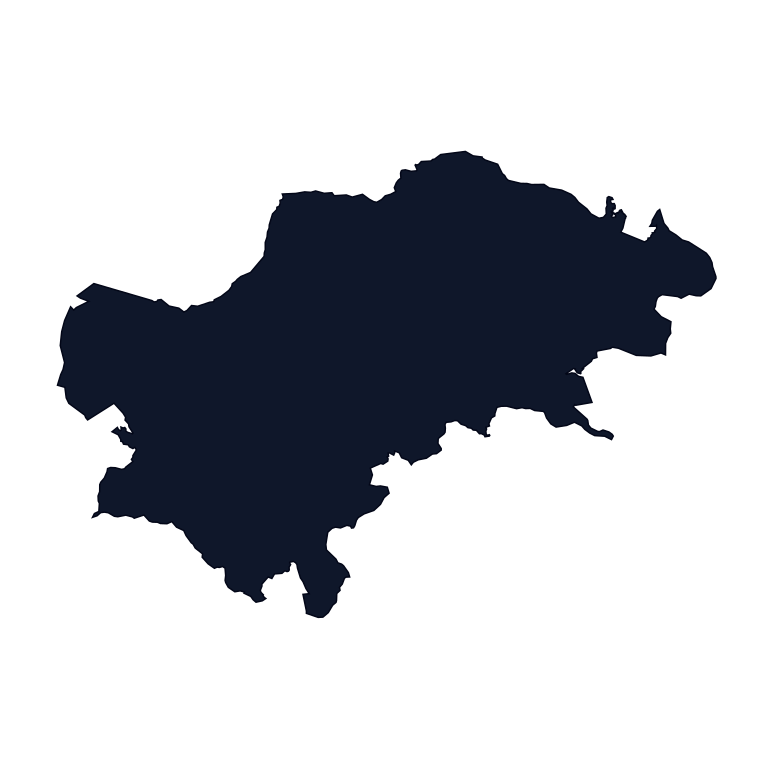 Aschileu, Cluj, Romania, rotated 183°
{"feature_id": "2599482B95199395235203", "entity_name": "Aschileu", "entity_type": "district", "adm_level": 2, "iso_a3": "ROU", "parent_name": "Romania", "parent_adm1": "Cluj", "projection": "albers", "projection_center": [23.469, 46.985], "detail": "fine", "context": "isolated", "style": "filled", "palette": "ink", "viewbox_px": 768, "rotation_deg": 183, "n_neighbors": 0, "source": "geoboundaries", "source_scale": "gbopen_adm2", "svg_char_len": 6157}
<svg xmlns="http://www.w3.org/2000/svg" viewBox="0 0 768 768"><g transform="rotate(183 384 384)"><path d="M495.5,568.4L494.4,565.6L494.9,563.1L497.5,561.9L497.1,559.2L498.0,556.0L500.2,554.9L500.2,552.6L504.2,548.0L506.9,536.9L506.9,533.6L508.3,529.7L508.5,524.5L510.0,519.2L509.6,511.9L510.4,508.6L510.4,505.2L523.1,488.4L532.6,483.8L536.0,480.8L537.5,478.8L540.8,476.2L541.2,473.4L543.7,469.5L551.3,462.9L557.9,459.2L558.3,457.5L559.0,457.1L562.4,456.5L574.1,451.9L580.3,452.3L584.6,447.1L587.6,445.4L592.8,449.0L602.7,450.6L611.0,456.7L614.3,456.0L615.1,454.5L617.9,453.9L620.2,455.2L679.0,469.1L695.1,455.9L691.7,453.9L683.1,451.1L695.3,444.2L697.7,441.6L701.0,444.7L706.3,430.6L708.6,419.4L709.3,405.4L704.1,388.7L705.3,381.6L707.3,376.6L710.0,365.7L702.5,364.0L700.6,353.5L697.7,348.2L681.2,337.3L680.1,334.8L678.1,332.6L652.6,350.7L643.1,341.3L640.3,337.3L640.7,334.4L637.0,330.8L636.4,327.9L632.1,321.9L632.6,321.1L637.7,322.4L639.4,323.6L639.4,325.6L640.6,327.0L642.3,326.4L644.4,327.2L644.0,324.4L644.8,323.6L646.7,324.5L648.0,326.7L653.1,322.1L646.8,319.4L644.0,314.9L643.8,313.0L642.1,312.7L641.0,310.3L636.3,309.9L634.9,307.9L631.4,306.4L629.5,307.7L627.8,305.2L631.0,299.4L630.9,297.6L632.3,295.5L630.7,293.4L637.5,287.5L638.6,285.8L641.6,285.0L647.9,286.3L652.6,286.3L655.6,285.1L656.0,281.8L658.4,275.4L661.7,271.1L662.6,268.6L662.3,261.6L663.7,257.2L663.2,252.2L662.0,249.9L662.1,241.8L666.4,239.5L668.1,235.6L663.6,237.4L660.2,240.7L656.5,241.4L652.6,241.0L646.4,237.8L642.9,237.5L635.0,239.5L628.2,238.1L626.4,236.9L616.9,240.6L611.2,234.9L608.2,234.0L603.0,234.1L599.9,233.0L593.4,233.1L588.7,235.5L583.7,230.2L576.3,227.2L573.7,222.2L568.2,215.4L566.3,214.1L563.9,210.3L556.3,204.9L556.5,201.5L550.2,195.2L543.7,191.1L541.1,192.4L538.8,192.2L535.6,193.3L533.1,191.8L532.1,184.5L532.4,179.6L531.7,177.4L528.8,172.8L522.1,168.7L516.8,169.9L512.5,168.9L512.9,167.8L505.9,164.9L503.4,161.7L500.4,159.4L494.2,161.1L490.8,163.6L492.5,164.7L493.9,166.7L493.5,167.2L496.0,169.5L496.7,171.5L495.3,175.8L495.5,177.7L489.6,185.2L485.8,183.9L483.4,188.6L476.0,189.6L473.3,192.3L471.0,191.6L469.6,192.1L468.9,193.3L469.2,196.1L467.8,198.8L468.9,200.3L468.8,201.1L465.2,202.1L463.0,201.0L461.5,199.2L460.8,195.7L457.3,186.0L454.5,182.3L451.2,175.6L447.7,170.7L453.9,169.7L449.6,153.2L449.5,150.9L437.5,147.5L432.8,148.0L427.7,152.8L423.7,160.4L420.5,163.4L420.1,165.2L420.2,172.3L417.1,175.6L417.8,178.6L415.2,182.0L413.3,188.1L411.6,189.2L408.2,189.5L409.7,193.8L414.9,200.4L416.9,201.9L420.7,203.0L422.8,206.6L432.8,215.3L433.7,220.7L432.4,233.0L428.3,237.2L424.9,238.5L419.9,238.0L413.7,240.9L410.0,240.3L408.9,238.4L406.9,238.8L405.8,240.9L404.4,246.5L402.7,249.3L397.0,253.3L387.5,257.2L381.2,263.7L378.0,270.5L373.2,275.2L375.3,281.1L382.2,282.0L386.5,281.3L393.3,282.6L390.8,292.6L393.3,299.3L383.1,304.5L380.7,303.9L376.2,307.2L376.0,309.5L377.0,311.4L375.6,312.2L376.3,315.3L375.3,315.6L370.6,313.5L369.7,316.0L369.9,317.7L365.2,316.1L362.5,311.3L355.8,309.1L352.5,304.7L350.6,307.4L345.8,310.1L337.8,312.1L332.0,316.6L327.9,317.2L323.4,321.0L323.5,322.6L327.0,327.4L327.0,331.6L326.6,332.8L321.6,337.2L320.5,339.0L320.4,343.1L321.0,346.6L320.0,349.0L315.1,349.7L311.5,351.2L308.7,351.2L304.9,347.9L300.3,346.7L297.9,344.8L294.4,344.4L292.6,342.7L289.3,342.6L286.1,339.3L284.3,339.6L281.3,338.3L280.4,336.6L276.1,337.5L275.7,338.2L276.2,338.9L278.1,338.1L279.4,339.4L279.8,342.4L279.2,344.3L280.0,346.1L276.5,347.6L277.2,349.8L274.9,355.8L271.7,357.9L271.7,360.3L270.0,366.6L265.7,367.9L260.4,368.3L250.3,366.3L244.9,367.6L241.4,366.9L236.7,367.3L232.2,365.4L223.6,365.0L222.2,364.0L219.9,358.6L215.3,352.9L209.9,350.0L199.4,352.2L191.8,355.8L184.3,352.5L181.1,349.2L176.0,345.8L170.9,343.5L160.9,343.4L153.9,340.4L152.3,344.0L153.5,345.7L156.9,347.9L162.9,349.5L166.1,347.8L168.0,347.8L175.1,350.8L177.7,353.7L178.6,358.2L179.4,359.5L193.7,371.0L192.4,373.5L191.5,372.8L175.3,376.5L185.7,401.1L190.1,401.8L193.8,404.6L197.1,404.9L202.0,403.1L202.9,403.7L195.6,409.4L193.1,409.0L194.2,408.7L191.6,405.3L188.2,404.6L187.9,405.2L188.4,406.5L185.6,409.6L186.7,410.0L178.1,417.6L177.1,420.1L172.7,421.7L173.5,426.0L173.0,428.1L159.6,431.4L158.0,432.7L151.8,432.0L133.6,425.8L118.9,426.0L109.0,429.5L104.4,427.8L104.9,439.3L103.0,445.2L100.3,449.7L101.0,454.0L100.7,461.2L110.7,465.7L118.3,472.9L117.1,475.6L116.7,480.4L115.6,484.1L114.4,485.6L110.9,487.8L95.3,486.7L91.8,485.2L84.0,489.7L76.9,488.5L72.2,488.6L62.4,496.4L58.0,506.7L58.2,508.7L62.0,518.3L62.8,522.4L65.4,527.4L69.0,531.5L87.2,541.8L93.7,543.4L100.2,548.1L107.3,552.0L108.7,554.6L112.8,559.0L117.8,572.7L120.0,570.8L124.6,561.6L125.0,558.3L126.7,555.4L121.0,555.8L120.2,556.8L119.8,553.4L121.7,551.0L121.5,549.7L124.1,548.9L123.7,547.9L125.1,546.4L125.2,544.7L126.5,543.6L127.9,543.6L128.2,541.5L131.2,539.5L155.5,548.0L153.6,552.2L151.9,561.6L151.3,562.6L151.6,563.5L151.0,564.1L152.8,566.3L153.5,566.1L156.4,570.9L156.2,568.8L157.4,569.9L158.2,568.9L158.0,568.0L159.2,567.6L159.4,566.7L160.2,567.2L161.9,566.1L163.4,566.8L163.6,566.2L161.5,564.8L161.4,563.1L164.2,562.2L165.6,563.3L165.8,564.1L164.6,564.7L164.5,565.7L166.0,567.4L164.8,567.4L165.4,568.3L164.6,568.3L164.3,569.7L164.9,571.4L164.3,571.9L163.2,570.8L162.4,571.2L162.5,574.3L163.5,576.2L165.9,576.0L167.1,577.3L167.4,579.8L165.0,580.3L166.0,582.0L169.3,582.9L170.8,581.9L171.1,577.2L170.5,573.9L171.5,571.2L170.9,565.4L173.6,561.9L178.0,560.8L186.2,564.7L190.5,569.5L199.3,575.7L203.2,580.3L207.1,583.2L216.7,586.9L229.2,588.4L234.7,591.7L247.1,590.9L251.6,591.7L257.9,591.5L270.4,593.8L272.5,595.5L274.5,598.6L276.8,600.2L282.0,609.4L294.7,613.0L297.7,614.8L297.9,615.8L307.0,616.5L314.9,620.5L339.4,616.1L345.4,611.1L346.9,610.9L349.0,609.1L358.4,608.1L360.9,605.1L362.7,604.4L363.9,604.8L364.4,604.2L362.2,599.8L362.6,598.6L368.0,597.8L373.8,599.0L377.1,598.4L378.0,597.6L378.5,595.3L377.9,590.5L380.4,588.3L382.2,585.6L384.0,580.6L382.3,576.8L387.3,573.8L392.6,572.0L396.0,568.1L400.7,565.1L403.7,565.5L408.2,567.6L415.4,572.3L425.5,569.0L431.5,570.8L443.6,569.4L446.0,572.3L453.7,571.3L462.4,573.2L467.0,571.6L473.3,571.7L482.0,569.7L495.5,568.4Z" fill="#0f172a" stroke="#020617" stroke-width="1.5"/></g></svg>